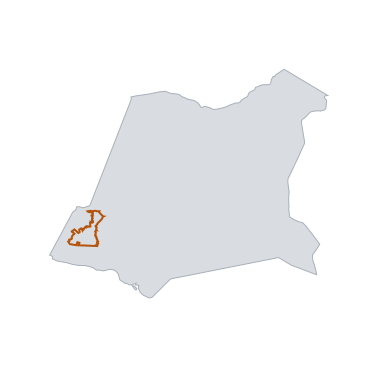 Voi, Coast, Kenya (highlighted), rotated 79°
{"feature_id": "3690345B74422593765563", "entity_name": "Voi", "entity_type": "district", "adm_level": 2, "iso_a3": "KEN", "parent_name": "Kenya", "parent_adm1": "Coast", "projection": "robinson", "projection_center": [38.488, -3.338], "detail": "fine", "context": "in_parent", "style": "outline", "palette": "amber", "viewbox_px": 384, "rotation_deg": 79, "n_neighbors": 0, "source": "geoboundaries", "source_scale": "gbopen_adm2", "svg_char_len": 6758}
<svg xmlns="http://www.w3.org/2000/svg" viewBox="0 0 384 384"><g transform="rotate(79 192 192)"><path d="M87.1,233.8L87.0,228.7L87.6,215.8L87.5,204.4L88.1,198.7L90.6,195.1L91.7,192.5L92.6,188.9L93.9,185.9L96.8,183.5L97.3,182.1L100.4,178.1L102.3,172.9L103.7,171.1L105.5,169.5L106.7,168.6L108.8,167.7L110.4,167.2L110.7,166.8L110.8,166.0L110.3,162.8L111.0,161.7L112.0,159.6L113.3,157.5L114.4,156.3L115.1,155.0L115.4,152.7L115.4,151.1L115.4,148.4L115.0,142.5L113.7,137.5L112.9,131.9L113.5,130.0L112.5,126.8L112.0,126.6L111.1,125.9L110.0,122.8L109.2,120.0L108.7,119.2L105.2,116.8L103.5,111.0L101.5,109.7L100.4,103.9L100.2,102.2L101.3,96.5L101.2,95.2L100.1,93.9L96.8,92.7L94.1,90.3L94.4,89.5L94.6,88.6L93.2,88.0L89.1,78.2L94.4,72.3L99.8,66.3L106.6,58.7L112.9,51.7L118.3,45.7L123.1,40.3L123.0,41.3L123.0,42.7L123.6,43.5L124.6,44.1L126.0,43.5L127.2,42.6L128.4,42.5L135.6,44.7L136.9,46.7L136.8,48.8L137.1,50.3L136.5,51.8L135.9,56.4L136.1,60.7L138.3,63.8L140.2,66.3L141.8,69.7L142.9,70.8L144.5,71.3L149.5,71.5L156.9,71.7L164.0,71.9L164.6,72.0L166.1,72.5L172.7,77.2L178.7,81.4L183.7,85.2L188.7,88.8L193.4,92.3L197.2,95.2L200.8,96.1L206.8,96.5L210.9,96.7L214.7,97.9L220.3,99.0L224.6,99.6L227.1,100.3L234.2,100.9L235.4,100.6L238.5,97.3L242.0,92.1L243.3,89.2L247.8,86.3L255.8,82.3L261.4,79.5L267.6,76.6L270.4,79.1L274.3,83.0L276.0,85.0L277.4,85.8L279.6,86.4L282.1,86.4L283.5,86.3L286.4,85.8L293.1,85.4L297.0,85.4L293.8,90.7L289.9,96.9L282.8,108.5L277.3,114.6L273.2,119.2L272.8,120.1L272.9,125.2L272.9,137.7L273.0,162.9L273.1,188.0L273.2,213.1L273.2,225.6L273.3,229.8L276.9,235.1L280.4,240.3L285.0,247.1L287.5,250.8L287.9,252.0L287.8,254.4L284.0,259.5L280.8,261.9L276.6,263.0L275.3,262.8L273.7,262.0L273.0,263.3L272.5,265.2L271.6,264.8L270.9,264.2L271.3,267.6L271.7,269.3L271.1,271.5L269.1,273.5L268.9,275.2L264.4,279.6L258.1,280.1L254.8,282.2L253.3,284.0L252.2,287.9L252.6,293.9L250.8,298.5L250.5,300.8L247.3,303.7L245.8,306.5L244.7,309.3L243.8,310.5L242.7,316.7L241.2,320.5L240.8,321.8L240.4,322.9L239.2,325.1L238.5,326.6L237.9,327.6L234.1,337.3L231.1,341.7L228.7,341.2L227.2,342.9L227.0,343.7L226.2,343.3L224.2,341.7L220.2,338.4L216.1,335.1L212.1,331.8L208.1,328.5L204.0,325.2L200.0,321.9L196.0,318.6L191.9,315.3L189.6,313.4L188.5,312.2L187.7,310.0L187.3,309.4L186.2,308.7L185.0,308.5L184.6,308.1L184.6,307.0L185.0,305.4L186.5,302.4L186.7,300.6L186.4,298.6L185.9,295.4L185.5,294.6L182.9,293.0L177.2,289.4L171.6,285.9L166.0,282.3L160.4,278.8L154.8,275.2L149.2,271.7L143.6,268.1L138.0,264.6L132.4,261.0L126.8,257.5L121.2,254.0L115.6,250.4L109.9,246.9L104.3,243.3L98.7,239.8L93.1,236.2L91.0,234.9L89.1,233.8L87.1,233.8ZM273.6,268.2L272.7,268.5L273.2,266.8L276.1,264.6L277.2,265.1L277.5,265.6L277.4,266.0L276.9,266.5L273.6,268.2Z" fill="#d9dde1" stroke="#a8b0b8" stroke-width="1"/><path d="M224.0,307.7L227.0,295.3L226.9,295.2L226.6,295.3L226.4,295.1L226.0,295.2L225.9,295.1L225.6,295.2L225.5,295.3L225.5,295.1L225.2,294.6L224.9,294.5L224.7,294.5L224.7,294.4L224.6,294.2L224.6,293.9L224.4,293.9L224.1,294.0L223.9,294.4L223.5,294.6L223.5,294.8L223.3,294.8L223.3,294.6L223.2,294.5L222.8,294.5L222.6,294.3L222.4,294.2L222.4,293.9L222.2,294.0L221.9,293.9L221.7,294.0L221.4,294.1L221.2,294.0L220.9,294.1L220.8,294.3L220.6,294.5L220.4,294.5L219.9,294.4L219.5,294.3L219.4,294.5L219.2,294.5L218.9,294.6L218.6,294.5L218.5,294.4L218.4,294.4L217.6,295.0L217.2,295.1L217.1,294.9L216.9,295.1L216.6,295.1L216.4,295.3L216.1,295.3L215.9,295.3L215.9,295.1L216.0,295.0L216.2,294.9L215.9,294.8L215.6,294.7L215.4,294.7L215.1,294.6L214.8,294.7L214.5,294.6L214.2,294.5L213.9,294.4L213.5,294.2L213.2,294.4L212.8,294.3L212.5,294.4L212.4,294.5L212.3,294.4L212.3,294.1L212.1,294.0L212.0,293.9L211.8,293.7L211.6,293.6L211.4,293.6L211.1,293.6L210.9,293.5L210.8,293.4L210.9,293.2L210.7,293.3L210.3,292.9L209.6,292.9L209.4,292.7L209.2,292.7L208.8,292.6L208.7,292.5L208.4,292.7L208.4,292.8L207.9,292.8L207.7,292.6L207.4,292.9L207.2,292.9L207.0,293.1L206.9,293.0L206.7,292.5L206.4,292.1L206.2,292.0L205.9,291.6L205.6,291.1L205.4,291.1L205.2,291.1L205.0,290.9L204.4,290.2L203.8,289.3L203.3,288.3L202.8,287.8L202.2,286.8L201.7,286.1L201.5,285.9L201.4,285.8L199.7,284.4L199.3,284.2L199.2,284.1L199.1,283.7L199.0,284.0L198.9,284.2L198.9,284.3L198.6,284.3L198.3,284.3L198.1,284.5L197.9,284.7L197.6,284.9L197.5,285.0L194.2,287.0L193.2,286.5L192.7,289.4L192.1,289.9L191.5,295.6L191.4,295.7L191.1,295.6L191.0,298.3L191.2,298.2L191.3,298.1L191.5,297.8L191.5,297.7L191.8,297.4L192.0,297.2L192.1,296.9L192.2,296.5L192.3,296.3L192.3,296.2L192.3,295.8L192.3,295.6L192.3,295.4L192.6,295.0L192.5,294.8L192.6,294.7L192.8,294.5L192.9,294.2L193.0,294.2L193.1,293.7L193.3,293.6L193.4,293.3L193.5,293.3L193.8,293.4L193.8,293.5L194.0,293.6L194.3,293.5L194.5,293.8L194.7,293.7L194.8,293.8L194.9,293.7L195.0,293.7L195.4,293.8L195.6,294.0L195.7,293.9L195.8,293.9L195.8,294.0L196.1,293.9L196.1,294.0L196.2,293.9L196.3,293.9L196.4,294.1L196.6,294.4L196.8,294.4L196.8,294.5L196.9,294.4L197.1,294.4L197.3,294.4L197.4,294.5L197.5,294.5L197.8,294.7L197.9,294.8L198.2,294.7L198.3,294.8L198.5,294.9L198.4,295.0L198.5,295.1L198.8,295.0L199.0,295.2L199.1,295.3L199.3,295.3L199.4,295.0L199.5,295.1L199.8,295.2L200.0,295.1L200.3,295.2L200.7,295.3L200.8,295.4L200.9,295.6L200.9,295.4L201.0,295.4L201.0,295.5L201.3,295.5L201.5,295.7L201.5,295.4L201.6,295.2L201.7,295.3L201.9,295.3L201.8,295.2L202.0,295.2L202.0,295.3L202.2,295.2L202.3,295.0L202.5,295.1L202.8,295.0L203.0,295.3L203.0,295.5L203.0,295.9L203.0,296.0L202.9,296.1L202.8,296.4L202.6,296.5L202.4,296.7L202.4,296.8L202.5,296.9L202.4,297.0L202.5,297.0L202.4,297.5L202.5,297.7L202.4,297.8L202.5,297.9L202.6,298.0L206.5,298.3L206.5,298.5L206.5,299.2L206.3,299.9L206.3,300.8L206.1,300.8L205.8,300.9L206.1,301.7L206.2,302.0L205.6,302.2L205.5,302.3L205.6,302.5L205.8,302.7L205.8,302.8L205.7,302.9L205.9,303.2L206.0,303.2L206.1,303.3L206.3,303.3L206.5,303.3L206.4,303.5L206.5,303.9L206.4,303.9L206.4,304.1L206.5,304.2L206.6,304.3L207.1,304.7L207.2,304.9L207.3,304.9L207.4,305.0L207.5,305.2L207.6,305.3L208.1,305.5L208.3,306.1L209.1,306.4L209.3,306.3L209.4,306.1L209.3,306.3L209.1,306.4L209.0,306.5L208.8,306.5L208.7,306.6L208.8,306.7L208.7,306.7L208.4,306.7L208.2,306.6L208.0,306.8L207.9,306.6L207.7,306.7L207.8,306.8L207.7,306.8L207.6,306.6L207.2,306.8L207.1,307.0L207.0,307.4L206.6,307.6L207.4,309.9L209.9,309.9L210.6,311.4L209.0,312.6L208.5,312.8L206.3,314.6L206.6,315.0L206.9,315.4L207.0,315.6L207.2,315.9L207.2,316.2L207.2,316.4L207.6,316.7L207.5,317.2L207.6,317.4L207.9,317.4L208.0,317.5L209.6,316.1L210.5,315.3L211.2,316.3L211.5,317.0L211.7,317.4L213.3,318.6L214.8,318.8L215.0,319.2L215.3,319.4L215.3,321.6L216.6,321.6L217.0,323.0L219.8,321.9L222.1,315.9L219.4,314.0L220.4,312.2L222.7,313.7L223.1,311.7L223.9,308.3L224.0,307.7Z" fill="none" stroke="#b45309" stroke-width="2"/></g></svg>